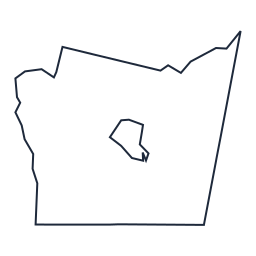 Henry, Virginia, United States of America
{"feature_id": "52423323B91986151579655", "entity_name": "Henry", "entity_type": "district", "adm_level": 2, "iso_a3": "USA", "parent_name": "United States of America", "parent_adm1": "Virginia", "projection": "natural_earth1", "projection_center": [-79.909, 36.699], "detail": "fine", "context": "isolated", "style": "outline", "palette": "slate", "viewbox_px": 256, "rotation_deg": 0, "n_neighbors": 0, "source": "geoboundaries", "source_scale": "gbopen_adm2", "svg_char_len": 679}
<svg xmlns="http://www.w3.org/2000/svg" viewBox="0 0 256 256"><path d="M41.6,69.2L25.0,71.4L15.4,78.4L17.0,97.2L20.2,102.7L15.4,112.3L21.7,125.4L24.6,139.2L33.2,154.0L32.6,168.8L37.3,183.3L35.6,224.5L48.6,224.6L66.1,224.6L78.3,224.6L78.6,224.6L101.9,224.6L109.6,224.6L116.1,224.4L118.2,224.3L203.9,224.9L216.0,161.1L216.5,158.3L220.7,136.5L240.6,31.1L226.5,48.6L216.0,48.0L190.6,61.6L180.9,72.9L168.1,65.3L160.5,70.6L95.4,54.9L62.5,46.9L56.3,72.1L53.9,77.4L41.6,69.2ZM109.9,137.2L121.2,120.3L128.9,119.7L143.0,124.9L141.8,132.6L139.8,144.4L148.5,153.4L146.0,160.5L142.7,152.5L143.1,160.7L131.9,158.0L121.1,145.8L109.9,137.2Z" fill="none" stroke="#1e293b" stroke-width="2"/></svg>